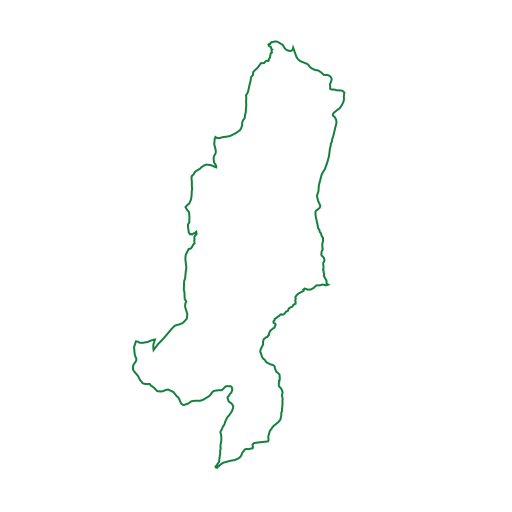 Zetaquirá, Boyacá, Colombia, rotated 313°
{"feature_id": "7082276B35977519917705", "entity_name": "Zetaquirá", "entity_type": "district", "adm_level": 2, "iso_a3": "COL", "parent_name": "Colombia", "parent_adm1": "Boyacá", "projection": "mercator", "projection_center": [-73.195, 5.28], "detail": "fine", "context": "isolated", "style": "outline", "palette": "green", "viewbox_px": 512, "rotation_deg": 313, "n_neighbors": 0, "source": "geoboundaries", "source_scale": "gbopen_adm2", "svg_char_len": 6110}
<svg xmlns="http://www.w3.org/2000/svg" viewBox="0 0 512 512"><g transform="rotate(313 256 256)"><path d="M284.3,328.3L283.9,326.6L286.2,324.1L287.0,321.0L287.6,320.0L287.8,319.0L288.2,318.7L289.2,318.4L290.1,316.7L291.3,315.5L291.5,314.5L292.6,314.0L294.3,312.6L296.2,310.3L297.3,309.7L298.5,309.6L299.8,308.7L300.9,306.9L301.2,304.9L301.0,303.8L301.7,302.7L304.4,300.7L306.2,300.4L306.5,299.8L307.1,299.5L307.4,298.8L308.1,298.3L308.9,297.1L310.8,295.8L312.5,295.0L314.9,292.7L315.5,290.2L316.9,288.0L317.1,286.2L318.4,284.3L318.7,282.4L320.4,280.3L325.2,273.3L327.3,270.8L329.3,269.1L329.9,269.0L333.2,269.6L334.5,269.7L335.8,269.3L336.8,268.4L338.7,263.7L341.6,259.5L346.1,257.4L350.5,253.8L360.3,248.5L362.8,247.8L366.3,247.2L373.1,244.3L378.8,241.3L385.4,236.5L387.2,235.7L389.1,234.2L391.6,233.4L392.7,232.4L396.4,230.7L408.1,224.1L409.2,223.1L410.3,221.6L411.3,219.1L411.2,217.3L411.3,216.2L412.5,215.4L414.2,215.3L416.6,215.6L421.2,216.4L423.7,216.1L426.2,215.5L428.0,215.0L430.9,213.3L432.3,211.6L435.8,209.2L435.8,206.7L435.1,205.4L432.3,202.1L431.1,199.7L429.4,197.9L428.8,196.5L428.9,196.1L430.7,194.6L431.8,193.1L435.7,191.5L437.0,190.7L437.3,190.3L438.0,188.3L437.7,186.2L437.1,184.6L435.7,183.4L434.7,182.0L434.7,178.3L434.2,175.4L433.7,174.2L432.4,172.6L431.2,168.6L431.0,166.8L431.5,164.2L431.4,162.5L428.7,155.4L428.6,152.3L429.0,150.2L433.7,141.1L432.1,142.0L431.1,142.1L429.6,141.5L428.8,140.6L427.8,138.6L427.4,137.0L427.7,134.5L428.5,132.2L428.6,131.3L427.3,125.6L426.2,123.9L424.5,122.6L423.9,122.4L422.9,121.4L422.0,121.4L420.8,121.8L419.9,120.9L419.2,120.8L418.5,122.1L418.5,122.8L419.0,123.8L418.9,124.7L417.9,126.1L418.0,127.1L417.3,127.0L416.7,127.4L415.9,128.3L415.7,128.9L414.3,128.6L413.8,128.7L412.7,129.6L411.8,130.0L411.0,130.7L409.0,131.1L407.2,132.1L406.1,130.7L405.1,130.3L402.5,130.3L400.4,128.1L394.9,128.8L389.1,128.4L388.4,128.7L386.1,130.4L383.9,130.4L383.1,130.7L379.9,132.9L377.0,134.4L371.0,138.0L369.5,138.6L366.6,139.2L365.2,140.9L362.3,143.3L359.5,146.2L356.4,148.5L354.2,150.5L352.2,151.5L349.1,153.7L346.5,154.0L344.4,154.7L341.8,156.9L338.8,158.2L336.9,158.4L331.9,157.4L325.9,155.1L322.7,152.7L320.4,150.7L317.1,148.8L315.6,146.7L315.4,145.2L313.5,145.9L309.3,149.2L305.7,154.7L304.3,155.9L303.3,156.5L300.9,157.0L298.6,158.2L295.8,161.6L295.2,164.2L294.4,166.0L293.6,166.4L291.6,160.9L289.4,157.8L288.2,156.9L286.9,156.3L283.5,155.5L281.6,155.5L276.8,154.1L275.5,154.1L273.1,154.7L270.6,154.5L268.4,156.2L267.2,157.8L262.9,161.9L261.4,163.7L260.1,164.4L256.1,167.8L253.1,169.9L248.8,171.4L246.4,171.0L244.1,171.0L243.7,171.1L243.0,173.2L242.3,177.3L238.7,181.1L234.9,184.4L232.8,184.7L232.3,185.0L230.5,186.9L227.4,190.8L226.9,192.8L227.0,193.1L227.7,193.3L227.9,193.7L228.1,194.6L230.4,195.1L231.4,195.9L232.5,195.6L233.0,195.7L231.7,197.4L231.1,197.7L229.5,197.5L227.8,198.0L226.1,199.8L225.3,200.2L223.3,202.5L221.5,202.3L218.7,203.1L217.2,203.2L216.0,202.7L215.2,202.0L211.1,203.2L210.3,203.3L208.6,204.0L205.5,206.5L199.8,213.2L197.3,214.8L191.3,219.4L188.6,220.6L182.3,226.0L180.4,228.7L175.9,233.2L175.2,236.0L173.5,236.5L171.4,237.9L169.9,239.7L166.7,245.4L162.9,248.2L158.4,248.2L156.3,247.9L152.7,246.0L151.6,245.1L149.3,244.1L144.9,244.0L133.0,244.6L124.4,244.5L117.4,245.2L119.3,243.0L121.6,241.1L126.0,239.1L123.4,237.3L118.8,235.2L117.4,233.9L115.7,232.8L113.8,230.8L113.1,229.7L112.8,228.0L111.7,226.4L106.1,229.0L100.9,234.9L99.4,238.2L98.7,239.1L97.9,239.6L96.3,240.1L94.4,240.3L92.5,240.8L91.2,241.4L89.2,243.4L88.6,245.0L87.8,251.4L86.2,255.9L86.1,257.7L85.6,259.7L86.5,261.7L87.4,262.9L88.4,264.1L89.3,264.7L89.9,265.6L89.5,267.5L89.9,269.2L90.1,271.4L89.8,275.9L91.5,278.2L93.2,279.9L96.5,281.4L98.4,282.8L100.2,288.4L99.4,293.5L99.5,295.4L99.3,296.7L97.4,300.9L97.1,302.2L97.3,304.1L98.0,305.0L101.3,306.7L102.6,307.3L105.4,307.7L107.4,309.1L109.1,310.7L111.3,313.0L111.7,313.7L114.6,315.3L121.5,317.3L124.2,317.4L125.7,316.9L127.9,317.0L129.0,317.5L132.6,320.4L133.8,321.8L135.1,322.6L139.6,322.7L140.6,323.1L143.4,326.2L143.6,327.4L142.8,329.0L142.2,329.7L139.6,331.0L137.1,331.1L134.9,331.5L133.5,331.4L132.7,332.0L131.7,334.1L131.0,335.1L131.4,338.4L131.3,339.8L130.6,341.8L129.2,342.9L125.8,344.3L121.1,345.0L118.7,345.0L116.5,345.6L114.2,346.3L111.7,347.6L110.2,348.0L109.1,348.0L105.4,349.4L104.1,349.5L103.0,350.0L102.3,350.9L101.2,352.8L98.4,355.6L96.7,357.0L94.6,358.2L92.1,360.2L91.4,361.3L89.1,362.6L87.4,364.3L81.7,368.2L81.1,368.9L79.9,369.4L78.6,369.5L76.0,370.1L74.7,369.9L74.1,370.3L74.0,371.0L74.7,372.1L75.3,371.9L79.5,372.3L82.7,373.1L89.6,377.5L92.1,379.5L95.9,381.2L98.3,381.5L100.1,381.3L102.3,380.3L106.2,379.8L107.1,379.9L108.4,380.6L109.6,382.3L112.2,383.9L113.1,384.7L114.3,384.0L115.5,382.2L117.5,382.0L120.2,384.0L128.3,391.0L128.8,391.2L129.5,391.0L130.8,389.9L131.4,389.0L132.3,388.1L137.6,385.4L140.3,385.2L141.9,384.8L144.5,384.8L149.6,385.6L151.5,385.6L153.5,385.1L155.7,383.9L157.8,382.2L158.5,381.4L160.6,380.7L161.5,379.7L165.5,376.6L168.6,373.7L169.8,372.9L171.5,370.2L174.2,368.6L175.0,367.6L175.8,365.9L176.2,364.7L176.4,361.6L176.8,361.1L178.3,359.6L180.2,358.7L180.3,358.0L180.6,357.7L182.0,357.6L185.4,354.0L185.4,351.6L185.2,349.8L186.7,346.5L187.9,345.0L188.0,343.8L187.9,342.8L186.6,340.5L185.5,336.7L185.5,334.9L185.9,334.1L186.0,332.7L185.8,331.0L186.6,328.6L188.2,326.0L188.8,324.4L191.1,323.0L196.2,321.5L197.8,319.8L200.4,318.4L203.7,318.9L204.3,319.5L205.0,319.6L206.1,319.1L207.1,319.3L208.0,318.4L209.3,318.1L210.6,317.4L214.9,317.9L215.6,318.3L216.5,318.2L219.2,317.1L219.6,316.1L219.2,314.5L219.6,313.7L220.2,313.3L221.1,313.4L222.1,313.2L222.7,312.6L224.7,313.2L226.8,313.3L227.8,313.8L230.0,313.8L230.4,314.1L230.8,315.1L232.3,316.1L233.1,316.2L235.8,315.9L237.6,316.7L239.7,315.9L240.8,315.9L243.8,317.1L245.7,316.6L248.2,317.5L248.8,316.7L249.5,316.3L250.1,315.1L251.9,314.2L252.7,312.9L253.0,312.7L255.1,312.5L257.5,312.6L262.9,314.6L263.5,314.4L263.8,313.5L265.5,313.9L266.8,317.0L269.3,319.2L270.3,319.3L271.6,319.9L274.6,320.1L275.8,320.3L278.1,322.7L280.6,324.2L281.5,325.7L282.0,326.8L282.6,327.4L284.3,328.3Z" fill="none" stroke="#15803d" stroke-width="2"/></g></svg>